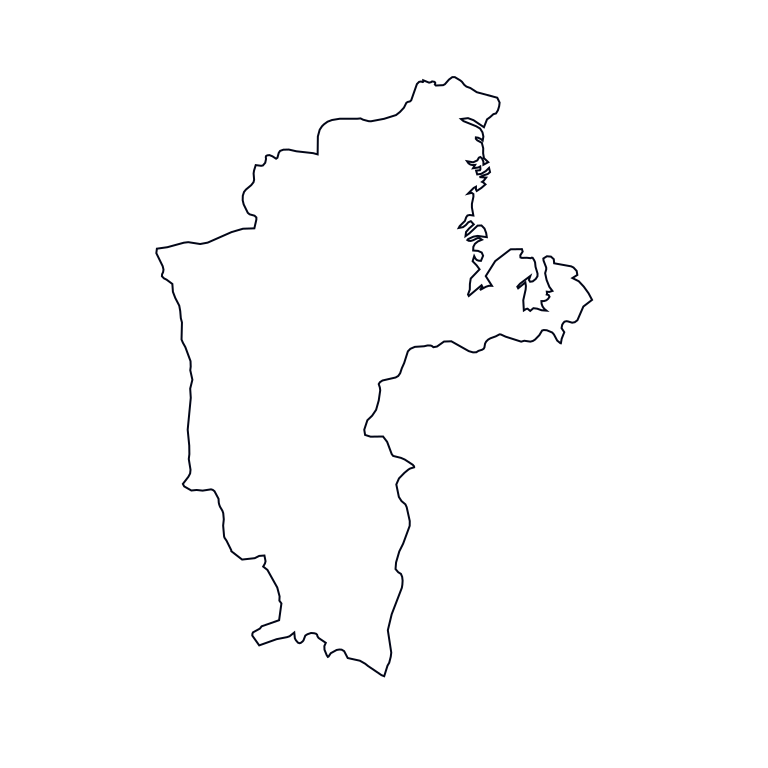 an SVG outline of Valle del Cauca, rotated 152°
{"feature_id": "COL-1408", "entity_name": "Valle del Cauca", "entity_type": "Department", "adm_level": 1, "iso_a3": "COL", "parent_name": "Colombia", "parent_adm1": "", "projection": "mercator", "projection_center": [-76.797, 4.064], "detail": "fine", "context": "isolated", "style": "outline", "palette": "ink", "viewbox_px": 768, "rotation_deg": 152, "n_neighbors": 0, "source": "natural_earth", "source_scale": "10m", "svg_char_len": 6166}
<svg xmlns="http://www.w3.org/2000/svg" viewBox="0 0 768 768"><g transform="rotate(152 384 384)"><path d="M165.1,598.1L149.6,583.6L149.8,578.2L151.9,575.2L154.9,572.2L158.1,570.3L160.7,570.9L165.1,569.8L168.8,569.3L175.2,563.8L181.1,574.9L185.0,579.3L191.6,581.8L190.4,578.8L181.6,568.3L179.2,564.4L178.9,560.0L180.1,555.8L182.6,552.6L183.5,554.9L185.3,557.3L187.1,558.6L187.8,557.4L187.3,555.4L184.4,551.0L185.7,545.6L188.2,541.1L189.7,536.5L187.8,530.9L193.3,530.9L191.9,533.5L191.7,535.2L191.6,537.3L192.4,539.2L194.0,539.3L196.6,537.6L201.2,537.9L206.1,541.7L205.8,539.2L204.7,537.2L203.0,535.7L200.7,534.7L204.1,532.7L199.1,530.9L196.9,530.9L198.0,528.4L199.0,527.7L202.5,529.2L203.3,525.3L199.5,523.9L194.1,524.2L189.8,525.5L190.9,521.3L193.8,520.7L198.0,521.5L202.5,521.8L196.9,518.3L200.4,516.7L202.5,516.4L201.7,515.3L200.7,512.6L206.0,511.4L211.5,510.9L211.5,512.6L210.2,515.0L212.8,515.0L220.6,512.6L216.8,511.6L215.9,509.8L217.1,507.4L221.8,501.8L223.5,498.6L226.0,490.8L229.0,493.0L231.2,493.6L233.2,492.6L236.0,490.0L243.0,487.9L244.8,486.7L240.6,485.4L237.1,485.9L233.6,487.2L230.9,487.0L229.8,482.8L235.8,481.4L240.2,479.7L242.6,476.3L238.1,476.9L227.0,479.9L223.5,478.2L222.3,474.1L222.9,469.4L224.3,465.4L231.8,470.8L235.8,472.1L241.6,472.5L242.8,472.0L242.1,470.8L240.3,469.6L237.9,469.1L232.8,468.9L231.1,467.8L229.8,465.4L234.1,465.8L237.9,465.1L240.7,463.2L242.6,460.0L238.5,457.4L236.0,454.2L236.3,450.7L240.6,447.2L242.7,448.6L243.9,450.0L244.4,451.8L244.3,454.6L248.1,450.8L246.5,445.3L245.8,440.4L257.9,436.4L261.2,432.0L263.9,427.1L267.8,423.6L267.8,421.9L251.5,425.4L251.5,423.6L255.1,421.9L248.4,422.0L245.4,421.5L242.6,420.0L243.5,431.5L228.1,440.3L209.0,443.5L198.9,438.3L199.4,435.8L203.2,433.7L204.1,431.7L203.2,430.7L198.6,428.4L195.4,426.2L194.2,426.2L193.5,425.6L193.3,422.7L193.5,420.5L195.2,416.3L196.6,409.4L197.9,407.1L200.7,405.5L204.5,404.8L207.0,405.7L207.2,407.8L204.1,410.7L216.8,408.7L220.6,407.3L220.6,405.5L211.5,407.3L212.7,403.9L214.6,400.9L221.7,392.6L226.0,383.3L223.2,383.5L221.9,383.1L220.6,379.9L216.5,380.8L213.4,378.6L210.2,375.1L206.1,372.5L207.2,375.1L207.6,378.0L207.2,380.8L206.1,383.3L203.8,382.1L201.5,381.7L199.2,382.1L196.9,383.3L196.9,385.3L198.3,386.6L197.7,387.1L196.9,389.1L194.9,387.7L191.6,387.1L192.4,392.1L191.6,399.5L189.7,406.2L186.9,409.1L186.1,410.7L185.2,418.0L184.4,420.0L180.2,420.3L176.8,418.1L175.5,414.5L177.1,410.7L163.5,400.0L162.0,397.9L160.8,393.4L162.1,389.5L167.9,389.1L163.8,383.3L161.9,376.2L160.8,368.1L160.8,360.6L171.6,358.8L183.3,349.5L186.6,349.0L189.1,349.8L192.2,352.9L193.4,353.8L195.4,354.3L197.0,353.7L198.8,352.7L201.0,350.0L200.5,345.1L205.9,340.5L208.7,336.9L209.1,337.2L210.7,341.0L210.7,348.0L211.3,350.5L215.0,355.0L217.5,356.6L219.3,357.0L223.9,354.2L229.8,352.3L232.4,352.1L234.9,352.7L239.8,356.3L243.0,357.0L254.4,368.7L257.6,372.9L258.7,373.6L263.0,373.6L268.6,374.4L271.3,374.3L273.9,373.5L275.8,372.2L278.2,369.1L279.5,368.3L281.4,368.2L285.0,368.9L287.6,368.7L290.5,370.1L293.7,373.2L304.5,390.1L311.1,393.3L319.6,392.2L323.1,393.3L323.9,395.1L324.8,396.1L327.5,397.6L330.9,398.5L339.3,402.3L344.2,402.7L347.6,401.6L356.4,393.0L360.8,389.6L364.7,385.9L367.7,384.4L370.7,384.3L383.7,387.8L386.8,387.5L388.7,386.4L389.3,382.9L390.3,380.2L396.4,371.9L403.1,364.9L409.3,361.6L415.7,359.8L422.9,352.9L424.6,347.9L420.6,343.8L409.5,338.1L408.4,331.4L410.1,318.5L409.7,316.2L403.7,310.8L401.1,307.5L396.5,299.1L396.1,297.2L396.5,296.3L400.6,297.1L402.6,297.0L407.6,296.0L415.1,293.6L420.3,289.5L423.9,277.3L423.5,272.4L421.6,267.7L421.8,264.6L425.6,250.9L427.9,246.7L442.1,234.0L449.1,229.0L457.1,220.8L460.7,215.2L459.8,211.1L458.2,208.4L458.5,205.2L459.9,201.6L462.0,198.2L463.9,195.7L485.3,177.1L496.2,164.8L503.7,143.4L506.1,140.0L510.3,135.4L513.1,133.7L521.0,125.9L522.9,128.1L530.5,142.5L531.9,145.8L535.2,151.0L544.7,159.1L544.6,166.8L546.1,169.3L548.0,170.5L550.7,171.4L557.4,171.3L560.9,169.4L561.7,169.4L561.9,171.4L561.3,177.3L559.7,180.6L556.9,182.8L561.0,190.5L561.2,192.4L560.8,194.0L561.2,195.3L562.5,196.6L565.3,198.4L569.1,199.0L571.6,198.8L575.5,195.4L576.7,194.9L579.1,194.5L580.3,194.8L581.4,196.0L582.1,199.1L582.1,201.3L579.9,206.7L585.8,205.6L588.4,206.0L598.6,209.1L616.9,211.8L618.4,223.7L617.5,225.2L616.3,226.2L608.4,226.3L605.8,227.5L587.5,224.7L577.6,238.4L578.1,241.8L575.9,245.5L573.8,254.4L574.2,274.6L576.4,279.5L573.4,281.4L571.8,283.1L570.1,288.7L574.9,290.8L579.9,290.9L591.7,295.6L597.3,308.0L596.9,308.9L596.6,319.5L597.0,323.2L596.7,324.6L592.5,334.5L589.0,339.7L586.6,345.4L586.2,347.9L586.4,352.7L586.1,354.9L585.6,356.8L584.0,360.3L584.0,368.9L584.9,370.9L586.2,372.2L594.2,375.0L599.2,378.4L604.1,380.4L608.5,387.4L608.5,390.2L600.3,393.9L597.2,396.0L595.1,399.1L591.6,409.4L588.8,413.4L584.9,421.0L578.8,435.8L561.1,462.5L557.3,470.9L551.2,477.7L548.6,487.1L546.5,490.1L544.1,495.0L542.1,509.8L542.2,514.8L541.9,518.3L533.5,533.2L532.5,537.5L529.7,544.0L528.0,549.3L527.9,558.0L527.1,564.5L523.9,571.7L527.0,578.2L528.7,580.6L529.5,583.4L528.4,585.1L526.6,586.4L525.0,588.5L524.1,591.9L523.6,606.4L521.0,610.1L511.1,606.5L494.3,602.7L490.2,601.1L480.6,593.9L473.3,591.6L447.3,589.7L435.6,587.3L425.4,582.3L419.5,589.1L418.5,591.0L419.3,593.4L423.0,596.9L423.9,599.1L423.6,608.4L422.5,612.6L420.3,616.5L417.4,619.3L414.6,620.5L407.9,621.9L404.5,623.4L402.8,625.3L400.3,631.1L398.6,633.4L394.5,637.5L390.0,634.3L388.3,633.8L385.0,635.1L382.5,638.1L381.9,639.8L381.2,640.6L379.8,640.7L377.7,639.9L375.6,637.4L373.5,633.6L371.9,633.8L368.4,637.5L366.3,638.6L362.8,638.1L358.0,635.7L352.1,630.6L338.2,621.1L334.8,617.9L326.2,633.6L321.4,638.7L317.7,640.7L315.0,641.5L310.7,642.1L306.0,641.5L298.3,638.9L282.9,630.7L280.0,629.5L278.4,627.2L274.1,623.2L272.2,622.1L259.4,618.1L247.1,615.8L242.2,616.7L236.7,618.6L232.2,621.8L230.6,621.9L228.5,621.3L226.8,621.7L214.1,633.4L211.2,634.3L209.3,633.7L208.2,632.5L207.6,632.4L206.8,633.8L202.7,628.9L200.7,628.4L199.5,628.6L197.6,627.1L197.3,626.1L197.7,625.3L198.5,624.6L198.1,623.2L191.5,620.1L189.5,620.1L183.7,622.3L179.6,622.9L177.4,621.7L174.1,616.2L173.3,614.3L172.7,610.5L171.6,607.9L168.8,604.8L165.1,598.1Z" fill="none" stroke="#020617" stroke-width="2"/></g></svg>